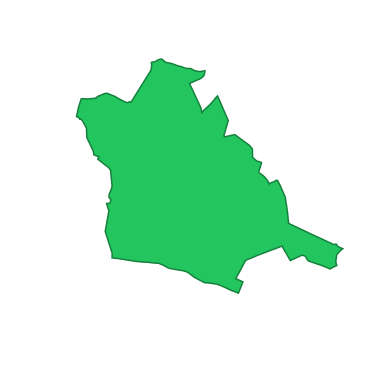 the district of 6e Arrondissement, Analamanga, Madagascar, rotated 330°
{"feature_id": "10022922B53755400100934", "entity_name": "6e Arrondissement", "entity_type": "district", "adm_level": 2, "iso_a3": "MDG", "parent_name": "Madagascar", "parent_adm1": "Analamanga", "projection": "orthographic", "projection_center": [47.5, -18.868], "detail": "fine", "context": "isolated", "style": "filled", "palette": "green", "viewbox_px": 384, "rotation_deg": 330, "n_neighbors": 0, "source": "geoboundaries", "source_scale": "gbopen_adm2", "svg_char_len": 4954}
<svg xmlns="http://www.w3.org/2000/svg" viewBox="0 0 384 384"><g transform="rotate(330 192 192)"><path d="M294.2,316.5L291.1,312.1L291.0,311.8L291.0,311.3L290.9,311.0L290.9,310.6L291.0,310.2L291.2,309.9L290.7,309.3L290.5,308.9L290.2,308.9L289.6,308.9L289.1,308.7L288.5,308.4L288.3,308.1L288.2,308.0L287.6,307.1L286.4,305.4L286.2,305.0L284.9,303.3L283.3,300.9L283.0,300.6L282.0,299.0L280.9,297.4L279.9,296.1L279.0,294.9L277.0,292.1L275.0,289.2L272.9,286.2L271.0,283.4L267.8,278.8L265.9,276.0L265.2,275.1L261.7,269.9L259.9,267.4L260.3,266.9L260.4,266.7L261.6,263.8L263.3,260.1L264.5,257.5L265.4,255.2L266.4,252.8L267.8,249.1L269.3,245.4L270.3,242.6L270.7,238.8L271.1,234.7L271.3,233.1L271.4,232.5L271.7,230.1L271.7,227.8L271.8,226.5L271.9,225.3L271.8,224.6L271.4,224.3L269.8,224.0L268.1,224.0L266.5,223.8L264.5,223.5L263.5,223.5L263.3,223.6L262.9,223.5L262.7,223.6L263.0,222.7L263.1,221.7L263.2,220.6L263.1,219.8L263.0,218.9L262.7,217.3L262.3,215.1L261.9,213.8L261.4,212.4L261.1,211.7L260.5,210.6L260.0,209.8L259.8,209.3L259.7,208.9L259.7,208.5L259.8,208.2L260.1,207.8L260.6,207.3L262.0,206.0L264.4,203.8L264.8,203.4L265.5,202.7L266.5,201.8L266.8,201.5L266.9,201.3L266.9,201.1L266.7,200.8L265.9,200.0L265.2,199.2L264.3,198.4L263.8,197.7L263.4,197.0L262.9,195.8L262.7,195.4L262.7,195.0L262.1,193.3L261.8,192.3L265.8,185.0L265.5,182.9L265.2,180.7L257.8,163.7L248.0,160.6L247.6,159.3L248.1,158.9L259.1,148.3L262.0,123.3L262.0,122.8L262.1,121.6L259.1,122.4L257.8,123.1L251.4,125.2L246.4,126.4L241.3,127.6L240.1,128.2L241.8,123.7L244.1,96.8L253.3,97.7L253.6,97.8L254.2,97.9L254.7,98.0L256.0,98.0L257.1,98.0L258.0,97.8L258.9,97.7L259.5,97.5L260.1,97.2L260.6,97.0L260.9,96.8L261.3,96.4L261.9,95.8L262.5,95.2L263.0,94.7L263.9,93.5L262.2,92.9L259.9,92.0L258.2,91.1L257.4,90.4L256.3,89.4L255.1,88.3L254.4,87.4L254.0,86.8L253.3,85.4L252.7,84.5L252.0,83.9L250.5,83.2L249.4,82.5L248.3,81.6L246.8,79.8L246.2,79.0L245.2,77.8L243.5,76.3L241.6,74.2L240.2,72.4L238.7,70.6L238.2,70.2L237.4,69.4L236.5,68.7L235.3,67.7L234.4,66.6L233.7,65.8L233.3,64.7L233.0,63.4L232.7,62.5L232.2,61.8L231.5,61.3L230.7,61.0L229.8,60.9L228.9,60.7L227.6,60.7L226.3,60.7L225.6,60.6L225.3,60.6L224.7,60.4L223.9,60.2L223.7,60.1L221.7,59.4L221.4,59.8L221.2,60.1L221.2,60.3L221.1,60.8L221.0,61.1L220.6,61.7L220.3,62.1L220.1,62.6L217.4,66.0L184.2,83.7L183.1,82.6L181.9,82.5L180.9,82.4L179.8,81.5L178.8,80.1L177.7,78.5L175.3,74.6L174.5,73.4L173.2,70.8L171.1,68.3L170.4,67.3L169.3,66.0L168.4,64.7L167.9,64.1L167.2,63.7L164.8,62.9L161.6,62.7L159.8,62.2L157.8,62.1L156.0,62.5L153.6,61.8L151.1,60.6L148.3,59.3L147.0,58.5L144.8,57.0L143.7,56.4L143.1,56.1L142.9,56.0L142.7,55.9L141.8,56.7L140.7,57.6L140.0,58.3L138.7,59.4L137.3,60.8L135.5,62.5L134.8,63.3L133.3,64.9L132.2,66.2L130.7,67.7L130.0,68.6L129.7,68.9L130.1,69.6L131.1,70.9L131.3,73.0L132.2,73.3L132.8,75.8L132.5,83.7L132.4,84.2L128.1,92.4L127.0,106.5L126.8,107.4L126.4,108.9L126.1,109.8L125.6,110.7L125.9,111.2L126.3,111.8L127.0,112.5L127.6,113.2L128.5,114.3L129.0,115.0L127.5,115.9L126.8,116.3L128.6,120.8L130.3,125.1L131.9,128.9L132.0,129.1L132.3,132.6L128.9,140.0L126.1,146.3L124.3,148.5L122.2,150.3L119.8,151.9L118.7,153.2L117.7,154.5L117.5,155.9L117.5,156.4L118.0,157.1L117.8,157.7L117.7,158.0L117.5,158.4L117.3,158.7L117.0,159.0L116.8,159.3L116.5,159.6L116.2,159.8L115.7,160.0L115.1,160.2L114.7,160.3L114.4,160.3L114.1,160.1L113.5,160.0L112.8,159.5L112.3,159.2L111.6,161.8L111.0,164.5L110.9,165.3L110.8,165.9L110.8,166.5L97.1,182.8L92.3,204.9L89.8,209.1L93.7,211.9L98.8,216.0L105.3,221.3L111.1,225.8L115.8,229.0L118.4,230.6L123.6,234.5L127.5,237.1L130.5,241.0L133.0,245.2L134.4,247.0L137.0,249.2L139.5,251.3L144.9,255.7L147.7,258.8L149.3,261.9L150.2,264.3L151.5,267.3L155.5,273.6L157.3,276.6L163.2,280.8L164.4,281.8L167.6,284.4L170.3,287.7L172.9,291.2L176.2,296.1L179.8,300.5L181.6,302.8L183.2,301.6L191.2,295.3L186.5,288.8L188.6,287.7L204.3,278.0L215.6,279.5L216.3,279.5L243.0,283.9L242.9,285.4L242.9,286.9L242.8,289.0L242.9,291.7L242.9,295.0L242.9,297.2L242.9,298.5L242.9,299.8L242.9,300.6L244.6,300.7L245.7,300.8L246.6,300.8L246.9,301.0L248.0,301.0L249.7,301.1L251.1,301.2L251.7,301.3L252.4,301.4L253.4,301.5L254.7,301.6L255.8,301.9L256.3,302.2L256.8,302.7L257.2,303.2L257.6,303.6L257.8,304.1L258.0,304.7L258.0,305.7L258.0,306.7L258.0,308.3L258.0,309.0L258.4,309.8L258.8,310.5L259.4,311.1L260.0,311.8L260.9,312.9L261.9,314.0L262.6,314.8L263.5,315.8L264.1,316.6L265.1,317.7L266.2,318.9L267.3,320.2L268.0,321.0L268.6,321.7L269.2,322.5L270.1,323.7L270.8,324.6L271.4,325.4L272.0,326.2L272.6,326.9L273.0,327.7L273.5,327.7L274.4,327.7L275.5,327.7L276.7,327.7L277.5,327.7L277.9,327.8L278.1,327.9L278.6,327.9L279.6,327.9L280.3,328.0L280.7,328.1L280.8,327.5L280.8,327.1L281.0,326.3L281.3,325.3L281.8,324.2L282.2,323.5L284.4,320.8L284.7,320.3L284.8,320.2L285.0,320.0L285.2,319.6L285.4,319.3L285.6,319.1L285.9,318.8L286.1,318.6L288.1,318.0L290.1,317.4L292.6,316.7L294.0,316.5L294.2,316.5Z" fill="#22c55e" stroke="#15803d" stroke-width="1.5"/></g></svg>